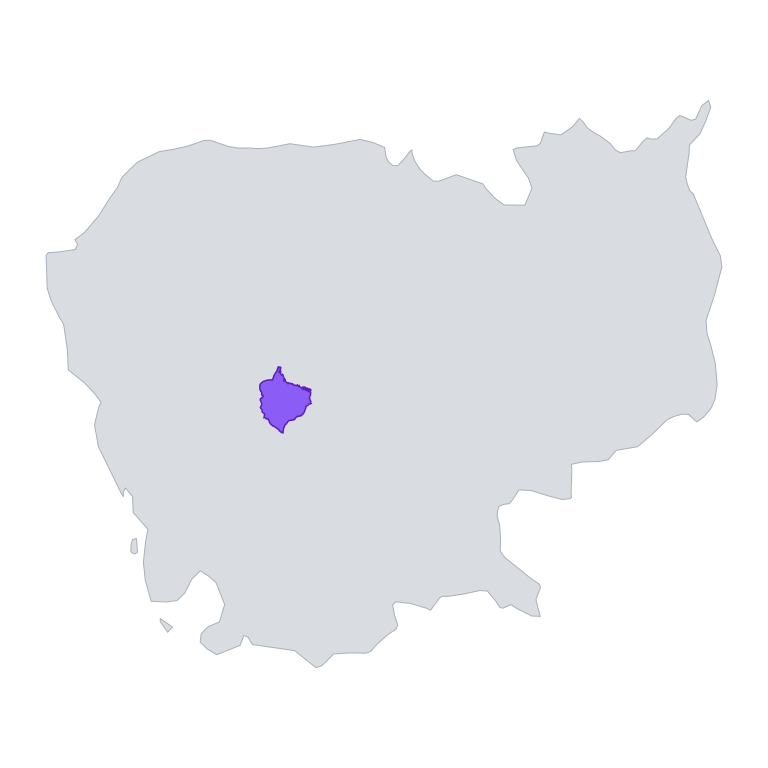 Krakor, Pouthisat, Cambodia (highlighted)
{"feature_id": "14789045B13270514327943", "entity_name": "Krakor", "entity_type": "district", "adm_level": 2, "iso_a3": "KHM", "parent_name": "Cambodia", "parent_adm1": "Pouthisat", "projection": "orthographic", "projection_center": [104.201, 12.447], "detail": "fine", "context": "in_parent", "style": "filled", "palette": "violet", "viewbox_px": 768, "rotation_deg": 0, "n_neighbors": 0, "source": "geoboundaries", "source_scale": "gbopen_adm2", "svg_char_len": 8170}
<svg xmlns="http://www.w3.org/2000/svg" viewBox="0 0 768 768"><path d="M708.6,100.4L710.7,107.6L705.6,121.3L700.0,133.8L689.5,144.8L689.1,152.8L685.7,176.7L687.3,184.3L689.8,190.7L693.4,194.2L703.0,217.4L711.7,238.5L720.3,255.8L721.9,266.8L714.6,294.8L706.0,320.6L707.0,333.4L711.0,346.2L715.3,363.2L717.1,385.0L715.0,399.2L711.1,408.1L703.4,417.3L696.7,422.0L688.5,414.4L682.1,414.1L673.4,416.6L666.6,420.2L652.9,433.6L637.6,446.7L616.3,450.3L608.1,459.9L599.2,461.4L582.3,462.0L571.3,464.3L571.9,469.2L571.1,492.0L571.4,497.3L569.7,498.7L562.1,499.5L549.1,496.1L531.5,490.6L519.0,489.8L512.7,499.7L508.9,503.7L504.2,504.3L499.2,506.1L497.6,510.5L497.2,516.1L499.7,525.5L500.6,540.6L500.1,550.9L504.7,557.4L531.6,579.0L539.6,584.4L540.5,587.7L535.9,599.6L540.2,616.3L531.8,616.0L517.7,609.0L511.0,604.6L502.9,608.2L500.0,607.5L494.5,599.3L487.3,591.0L479.9,590.5L464.2,593.9L448.3,596.3L442.2,596.3L439.7,597.8L430.5,610.3L426.5,608.2L410.4,603.5L395.7,601.7L392.7,605.0L394.5,615.1L397.8,625.1L395.9,629.3L387.8,634.6L377.2,644.0L370.6,651.4L366.1,653.2L349.8,652.9L333.6,653.9L327.1,660.8L321.0,666.2L315.8,667.6L294.6,650.6L252.5,644.6L247.9,637.0L243.9,635.6L240.0,645.4L216.9,654.7L207.2,649.0L200.2,642.1L201.2,633.7L207.9,626.8L219.4,621.9L224.7,604.6L216.0,582.5L208.4,576.0L200.3,570.9L191.8,579.1L184.7,593.2L177.2,600.4L166.7,602.0L151.2,601.3L145.3,580.3L143.4,562.2L145.6,541.6L148.0,529.4L133.2,512.5L132.5,496.5L125.4,488.1L123.2,492.3L123.4,496.9L121.4,493.6L98.3,446.4L94.5,424.6L98.6,407.8L101.0,402.2L94.3,393.3L84.9,383.2L68.3,369.9L67.3,349.1L63.7,324.5L58.8,316.2L51.3,301.0L47.2,288.4L46.1,255.3L48.2,252.7L60.0,251.8L75.2,249.5L77.6,244.2L74.9,239.7L84.7,232.3L98.6,215.9L109.4,198.8L117.2,188.0L121.9,177.3L137.5,162.1L159.0,151.7L173.5,149.3L188.7,145.8L203.2,140.7L210.1,140.2L228.1,146.4L237.9,148.0L248.1,148.0L258.7,148.6L267.9,148.0L290.0,143.7L313.5,147.1L334.4,144.4L360.2,139.4L373.0,142.5L384.6,147.4L386.2,157.5L388.9,162.1L392.8,165.6L397.9,165.6L404.5,158.5L410.0,151.3L411.8,149.9L412.1,153.5L414.9,161.3L419.8,169.1L424.8,174.2L433.2,181.0L438.6,181.3L456.3,174.7L482.9,183.9L486.0,188.6L494.7,198.1L504.1,204.9L524.8,205.2L532.0,188.3L528.4,178.1L516.4,160.3L513.2,149.8L516.9,147.9L536.9,145.8L540.1,143.7L544.4,132.1L549.8,133.4L560.9,134.8L572.5,126.8L579.4,118.4L583.2,122.1L587.4,127.9L592.0,131.3L600.4,136.2L609.8,143.2L615.6,150.0L620.3,152.7L632.1,150.6L635.3,150.8L642.1,142.4L646.9,137.8L651.0,139.1L657.0,138.9L669.2,128.1L676.2,118.2L680.0,115.5L691.1,120.3L695.6,119.2L701.8,105.7L708.6,100.4ZM137.5,552.4L135.2,553.7L133.1,553.6L130.9,551.7L131.1,544.1L132.7,539.5L136.5,538.6L137.5,552.4ZM172.5,627.1L167.7,632.2L160.2,621.6L160.3,618.7L172.5,627.1Z" fill="#d9dde1" stroke="#a8b0b8" stroke-width="1"/><path d="M310.4,391.7L309.4,391.9L309.1,391.8L309.0,391.6L308.6,391.5L308.0,390.8L307.3,390.8L306.9,390.6L306.4,390.2L306.1,390.4L305.9,390.4L305.6,390.2L305.5,389.3L305.3,389.2L305.2,389.1L304.7,389.4L304.4,389.4L304.0,389.0L303.6,388.5L303.4,388.8L303.4,388.2L302.4,388.5L302.2,388.5L300.9,387.3L299.8,386.8L299.3,386.2L299.2,386.0L299.2,385.8L299.1,385.6L298.5,386.5L298.3,386.4L297.6,385.3L297.5,385.1L297.4,384.9L297.0,385.2L296.8,385.3L296.4,385.6L296.2,385.6L295.8,385.5L295.4,385.2L294.3,385.4L294.2,385.2L293.9,385.2L293.6,384.8L293.2,384.4L292.4,383.7L292.1,384.0L291.8,384.1L291.5,384.0L290.8,383.3L290.7,383.3L290.4,383.5L289.6,383.3L289.1,383.3L288.5,382.8L288.3,382.7L288.2,382.7L287.6,383.1L287.6,383.3L287.2,382.9L286.9,382.6L286.7,382.4L286.4,382.3L286.2,382.0L285.6,381.3L285.5,381.0L285.3,380.5L285.1,379.3L284.9,379.2L284.7,379.1L284.7,379.4L284.6,379.6L284.4,380.2L284.1,380.5L283.9,380.8L283.8,380.4L284.0,380.4L284.3,380.2L284.2,379.9L284.3,379.6L284.5,379.5L284.6,379.4L284.5,379.0L284.5,378.8L284.1,378.6L284.0,378.4L283.8,377.3L283.7,377.0L283.6,376.9L283.3,376.5L283.2,376.3L283.2,375.6L283.0,374.8L282.8,374.5L282.4,374.3L282.2,374.6L281.8,374.7L281.6,374.8L281.6,374.7L280.8,374.1L280.3,373.4L280.2,373.2L279.9,372.8L279.8,372.6L279.5,372.5L279.4,372.4L279.6,372.4L279.6,372.1L279.6,371.9L279.8,372.0L280.4,372.3L280.7,372.3L280.7,372.1L280.6,371.6L280.7,371.4L280.7,371.1L280.6,370.8L280.4,370.6L280.3,370.4L280.1,370.4L280.2,370.1L280.0,369.8L280.0,369.7L280.2,369.3L280.3,369.0L280.5,368.8L280.5,368.7L280.6,368.9L280.7,368.6L280.7,368.3L280.8,367.6L280.6,367.3L280.4,367.2L280.3,367.3L280.3,367.5L280.1,367.6L280.2,368.2L280.0,367.6L279.8,367.5L279.4,367.4L279.3,367.1L279.2,367.0L278.8,366.9L278.5,367.0L278.4,366.9L278.1,367.0L278.0,367.4L277.9,367.7L277.9,367.9L277.8,368.4L278.0,368.6L278.3,368.7L278.2,368.7L277.9,368.7L277.6,368.7L277.5,369.0L277.4,369.1L277.5,369.5L277.4,369.6L277.5,369.9L277.5,370.1L277.4,370.3L277.2,370.3L277.4,370.8L276.9,371.1L275.6,372.7L275.1,373.6L274.5,374.7L273.7,376.1L273.6,376.8L273.5,377.4L273.3,377.7L272.5,380.0L272.4,380.1L271.7,379.8L270.8,379.8L266.9,380.2L266.7,380.2L266.1,380.5L265.1,380.8L264.0,381.2L263.1,381.5L262.7,381.8L260.3,384.0L260.1,384.3L260.1,384.5L260.0,384.8L259.9,385.5L259.8,387.4L259.9,388.2L259.8,388.6L260.0,389.6L260.2,390.1L260.4,390.1L260.6,390.5L260.7,390.9L260.7,391.0L260.8,391.4L261.1,391.5L261.3,391.7L261.4,392.1L261.5,392.3L261.6,392.5L261.7,392.9L261.9,393.1L261.7,393.5L261.7,393.8L261.7,394.0L261.8,394.2L261.7,394.4L261.8,395.1L262.0,395.4L262.5,395.4L263.0,395.7L263.0,395.9L263.1,396.4L263.1,396.5L262.9,396.8L262.8,397.1L262.6,397.3L262.4,397.5L262.1,397.6L261.7,397.6L261.7,398.1L261.1,398.4L261.1,398.6L260.7,398.7L260.4,398.9L260.3,399.0L260.2,400.0L260.8,401.1L261.4,402.6L261.5,403.4L261.7,403.9L261.7,404.4L261.7,404.7L261.6,405.0L260.7,406.6L260.4,407.5L260.8,408.3L260.9,408.5L261.5,408.9L261.6,409.0L262.2,410.7L262.2,411.8L262.3,412.2L262.6,412.4L264.5,413.7L264.6,413.8L264.6,414.0L264.0,417.7L264.4,417.6L264.7,417.8L265.7,417.9L265.9,418.4L266.2,418.8L267.3,418.8L268.1,418.9L268.2,419.1L268.1,419.6L268.6,419.7L269.4,421.7L269.6,422.7L270.2,423.5L270.4,423.8L272.8,426.0L273.4,425.8L273.6,425.9L273.8,426.1L279.3,430.1L279.2,430.5L279.3,430.8L279.6,431.0L279.9,431.2L280.2,431.4L280.4,431.5L280.6,431.6L280.8,431.7L280.9,432.0L281.0,432.1L281.3,432.2L281.3,432.4L281.5,432.5L281.9,432.3L282.2,432.3L282.4,432.4L282.4,432.6L282.5,432.8L282.9,432.9L283.1,432.8L283.0,432.6L282.9,432.4L283.0,431.5L283.4,430.3L283.4,429.5L283.7,428.0L284.0,427.4L283.9,427.2L284.0,427.0L284.0,426.9L284.4,426.6L284.6,426.0L285.0,425.4L285.0,425.1L285.1,424.7L285.4,424.5L285.5,424.5L285.7,424.4L285.8,424.2L286.1,424.0L286.2,423.8L286.5,423.7L286.7,423.0L287.3,422.6L287.4,422.4L287.8,421.5L288.2,421.2L288.7,421.0L288.8,420.7L289.4,420.4L290.0,420.4L290.5,420.3L290.8,420.2L291.1,420.3L291.3,420.2L292.0,420.0L292.3,419.8L292.7,420.0L293.0,420.0L293.2,419.9L293.5,419.9L294.3,419.4L294.6,419.4L295.0,418.9L295.0,418.5L295.1,418.3L295.4,418.1L295.8,417.5L296.2,417.3L296.4,417.3L296.5,417.2L296.7,416.8L296.8,416.7L297.0,416.7L297.2,416.3L297.5,416.3L297.9,416.3L298.3,416.3L298.5,416.4L298.9,416.4L299.3,416.2L299.7,415.8L299.9,415.8L300.3,415.8L300.6,415.8L300.6,415.7L300.8,415.7L300.9,415.9L301.0,415.9L301.3,415.6L301.2,415.2L301.6,415.0L301.9,414.8L302.2,414.8L302.8,414.4L303.1,413.7L303.7,413.0L304.3,412.0L305.7,408.2L305.8,407.4L305.8,406.8L306.0,406.5L306.1,406.3L306.8,406.1L307.5,405.5L308.3,405.0L308.7,404.6L309.1,403.9L309.9,403.9L310.4,403.8L311.2,403.4L310.7,402.8L310.6,402.6L310.5,402.2L310.6,401.9L310.8,401.6L310.8,401.4L310.1,400.1L310.0,399.6L309.7,399.0L309.6,398.7L309.7,396.7L309.9,396.1L310.1,395.6L310.4,395.3L310.5,395.1L310.4,394.3L310.6,393.8L310.7,393.3L310.7,393.0L310.5,392.8L310.4,392.7L310.6,392.4L310.6,392.2L310.4,392.0L310.4,391.7ZM310.4,389.3L310.2,389.3L309.9,389.1L309.2,388.9L308.5,388.9L308.2,388.7L307.1,388.1L306.8,388.2L306.7,388.3L305.5,387.6L304.4,387.3L304.3,387.2L304.1,387.3L304.1,387.2L303.7,387.2L303.8,387.1L303.7,387.1L303.3,387.1L303.1,387.1L302.9,387.0L302.3,387.1L302.1,387.1L302.5,387.3L302.9,387.2L303.0,387.2L304.0,387.4L305.0,387.7L305.4,388.0L306.1,388.5L306.8,389.2L307.7,389.7L308.7,390.0L309.1,390.1L310.5,390.2L310.8,390.2L310.7,389.8L310.7,389.6L310.6,389.4L310.4,389.3Z" fill="#8b5cf6" stroke="#5b21b6" stroke-width="1.5"/></svg>